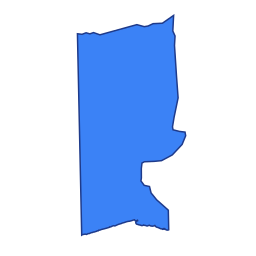 Ngellau, Ngiwal, Palau, rotated 83°
{"feature_id": "81905179B11216366066462", "entity_name": "Ngellau", "entity_type": "district", "adm_level": 2, "iso_a3": "PLW", "parent_name": "Palau", "parent_adm1": "Ngiwal", "projection": "robinson", "projection_center": [134.631, 7.567], "detail": "fine", "context": "isolated", "style": "filled", "palette": "blue", "viewbox_px": 256, "rotation_deg": 83, "n_neighbors": 0, "source": "geoboundaries", "source_scale": "gbopen_adm2", "svg_char_len": 2063}
<svg xmlns="http://www.w3.org/2000/svg" viewBox="0 0 256 256"><g transform="rotate(83 128 128)"><path d="M21.8,69.0L28.2,81.1L27.5,90.4L29.2,95.6L29.4,99.5L26.5,106.6L27.2,111.5L32.1,144.5L29.1,150.6L29.9,154.4L28.4,158.0L29.4,162.2L28.3,166.7L228.7,187.0L228.3,186.1L228.2,184.9L228.1,183.5L228.6,182.0L227.9,180.5L228.1,179.8L228.0,179.1L227.6,177.9L227.4,176.9L227.4,176.0L227.1,175.2L227.1,173.9L226.8,172.6L226.7,171.7L226.3,171.1L226.5,170.2L225.9,169.7L225.9,168.3L225.5,166.8L225.3,165.2L225.1,163.5L224.9,162.1L224.6,160.2L224.3,158.6L223.9,158.3L224.1,157.3L223.4,155.4L223.2,154.0L223.6,153.0L223.3,151.9L223.1,151.4L222.8,150.3L222.4,149.0L222.3,148.1L222.1,146.9L222.0,146.2L221.6,145.2L221.5,143.8L221.2,142.4L220.9,141.0L220.7,139.5L220.7,137.8L220.5,136.2L220.3,135.1L220.0,133.7L219.9,132.7L220.7,132.3L221.0,132.1L221.1,131.5L221.2,131.1L221.0,130.7L220.9,130.4L220.7,129.8L221.0,129.7L221.3,129.8L221.3,130.5L221.7,130.9L221.9,131.3L222.1,131.5L222.4,131.7L222.8,131.8L223.3,131.8L223.8,131.6L224.2,131.4L224.5,131.1L224.8,130.4L225.0,129.9L225.2,129.4L225.4,129.1L225.6,128.6L225.8,127.7L226.4,126.7L226.6,125.9L226.5,125.4L226.4,124.5L226.2,124.4L226.4,123.9L226.7,123.3L226.8,122.7L227.2,121.9L227.6,121.0L227.5,120.3L227.3,119.9L227.3,119.4L227.1,118.7L227.5,118.2L227.8,117.6L228.0,117.4L228.2,116.5L228.4,116.0L228.4,115.3L228.4,114.7L228.3,114.0L228.0,113.5L228.1,113.1L228.9,112.8L229.5,112.2L230.0,111.5L230.4,110.4L230.9,109.6L230.9,109.4L231.2,109.1L232.0,107.8L232.2,107.0L232.2,106.6L232.4,106.5L232.8,106.0L232.8,105.4L232.6,105.0L232.2,105.0L232.1,104.5L232.4,104.3L232.8,104.2L232.6,103.7L232.9,103.6L233.5,102.9L233.8,102.3L234.1,101.7L234.1,101.2L234.2,100.8L234.0,100.0L214.5,98.0L202.8,108.3L195.3,113.0L188.7,113.8L186.9,118.9L182.1,121.6L179.2,120.8L169.8,119.7L164.5,118.4L163.5,115.9L164.3,106.0L164.5,98.7L160.1,87.3L150.9,76.3L142.7,71.7L139.0,71.9L137.7,77.2L135.3,83.5L132.3,83.7L122.8,80.9L104.2,74.6L81.7,73.5L51.8,71.8L42.4,70.1L37.2,71.7L21.8,69.0Z" fill="#3b82f6" stroke="#1e3a8a" stroke-width="1.5"/></g></svg>